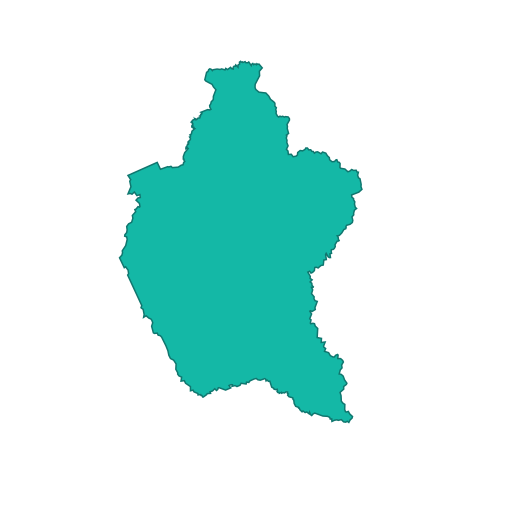 El Carmen, Manabi, Ecuador (Mercator projection), rotated 156°
{"feature_id": "8360857B97185681080722", "entity_name": "El Carmen", "entity_type": "district", "adm_level": 2, "iso_a3": "ECU", "parent_name": "Ecuador", "parent_adm1": "Manabi", "projection": "mercator", "projection_center": [-79.579, -0.327], "detail": "fine", "context": "isolated", "style": "filled", "palette": "teal", "viewbox_px": 512, "rotation_deg": 156, "n_neighbors": 0, "source": "geoboundaries", "source_scale": "gbopen_adm2", "svg_char_len": 6130}
<svg xmlns="http://www.w3.org/2000/svg" viewBox="0 0 512 512"><g transform="rotate(156 256 256)"><path d="M221.6,132.9L223.8,132.9L225.4,131.9L226.7,132.4L228.6,134.7L229.0,138.2L232.2,141.0L230.0,143.2L231.1,145.0L230.9,146.2L227.8,149.3L231.6,150.5L229.7,154.1L233.3,156.6L229.1,164.7L230.4,167.9L230.1,170.4L231.4,171.4L233.5,171.8L233.7,172.5L231.7,175.3L232.5,176.8L228.8,180.4L229.3,183.7L228.5,183.9L227.3,182.5L223.6,183.0L223.2,184.8L218.5,189.6L220.3,191.2L220.4,193.6L219.5,195.0L220.6,199.0L218.0,202.0L218.1,204.8L216.6,204.2L216.2,204.5L216.8,206.3L216.1,208.4L217.1,210.3L214.4,211.4L215.7,213.5L214.7,215.3L215.2,220.2L213.2,220.3L212.7,218.0L211.0,218.0L208.6,218.9L207.0,221.6L205.6,221.3L204.1,219.8L200.6,220.9L198.2,220.4L195.7,224.7L193.2,224.1L191.8,229.1L190.8,229.9L190.4,225.8L189.5,224.6L188.6,224.3L187.6,227.9L185.9,227.7L185.3,230.0L184.5,231.1L182.8,230.6L181.5,231.0L179.8,232.3L179.2,234.2L175.9,236.5L174.3,236.1L173.7,236.4L174.0,237.6L173.3,239.8L173.6,241.4L171.5,240.9L168.4,242.1L164.9,244.5L162.9,244.4L162.1,245.3L162.2,246.0L160.8,247.2L157.2,246.7L154.4,247.4L153.1,249.1L152.4,252.7L150.0,253.8L149.4,255.4L147.5,257.8L144.8,258.5L145.5,260.2L144.9,263.4L143.7,265.3L144.0,267.6L143.5,268.8L144.5,270.7L143.8,272.9L136.1,272.5L132.1,273.8L131.9,276.6L130.8,278.7L129.8,283.2L129.6,284.4L130.6,285.7L130.3,288.5L128.4,290.9L129.6,291.8L129.6,293.6L132.1,294.5L133.4,296.1L135.9,295.4L137.8,295.6L139.4,299.3L143.1,301.8L143.3,302.7L141.6,306.2L141.8,307.6L143.1,308.7L143.0,311.1L143.7,311.3L145.9,310.4L148.2,311.2L149.6,314.0L149.0,316.1L150.0,318.5L150.4,321.6L152.9,323.9L155.0,323.0L157.3,326.1L159.0,326.6L160.8,326.2L161.2,328.2L162.5,328.9L162.8,330.8L164.6,331.5L165.1,333.7L166.6,334.4L167.9,333.4L170.7,333.1L172.7,334.4L175.8,333.6L177.1,331.4L178.7,330.9L181.7,331.6L182.4,334.6L185.1,335.6L184.1,338.9L184.8,341.1L181.9,343.6L181.7,347.2L180.6,349.1L180.4,351.4L178.8,353.3L179.1,354.1L176.4,354.7L175.6,359.8L174.5,361.7L174.3,363.4L170.1,366.6L169.6,368.0L170.1,370.0L172.5,371.4L173.5,371.3L174.8,372.8L176.4,373.0L177.2,374.0L178.7,373.7L179.5,375.0L179.7,378.2L178.7,379.7L178.4,381.8L177.1,383.2L177.8,385.1L176.6,387.9L177.0,389.4L179.0,393.2L179.3,396.9L180.7,400.9L186.7,404.5L188.5,408.3L188.3,410.5L186.9,413.2L179.4,419.2L177.8,423.4L173.8,425.3L175.2,430.1L176.5,430.4L177.0,431.3L177.9,430.6L178.8,431.9L180.3,431.7L180.6,433.2L182.3,432.8L182.9,432.0L183.7,436.2L184.9,435.9L186.7,436.7L186.9,438.0L189.3,438.1L189.5,438.9L190.7,439.1L190.9,440.1L192.3,439.8L192.9,438.0L194.7,437.8L195.7,435.8L196.8,438.8L197.8,437.8L198.8,438.3L200.1,437.7L200.8,436.1L202.1,437.1L202.5,438.7L206.2,437.9L207.3,439.7L208.6,438.6L211.3,440.9L212.9,441.0L215.5,442.6L219.4,443.6L220.5,443.1L220.8,444.5L222.0,445.8L223.4,445.5L224.8,444.1L226.4,443.9L231.1,437.8L230.6,436.1L226.3,430.7L226.1,427.9L225.0,424.2L230.0,419.2L231.4,416.3L234.3,415.0L235.4,413.4L237.1,412.4L237.6,410.9L237.5,408.3L239.0,408.3L240.6,409.4L247.8,409.7L247.1,408.8L248.1,407.7L248.8,407.9L249.5,406.9L250.2,406.8L249.8,406.5L251.2,405.0L252.8,405.6L254.7,404.8L255.3,405.7L255.7,405.2L256.2,406.3L256.3,405.7L258.4,405.9L260.7,404.7L259.8,404.0L260.3,403.5L259.9,402.3L261.7,401.0L262.2,399.9L261.7,399.5L260.9,400.2L261.3,398.9L260.5,398.6L261.1,397.9L260.2,397.2L263.7,396.1L265.3,393.8L267.1,393.5L266.8,392.6L267.4,391.6L268.3,391.7L268.1,390.0L268.6,389.1L271.7,387.8L271.4,386.8L272.1,386.8L272.4,385.6L273.2,385.8L274.8,384.1L275.6,384.0L276.4,382.6L274.7,382.7L274.2,381.8L279.1,379.4L281.9,376.5L283.0,374.1L282.4,373.7L282.9,372.4L282.6,371.4L284.2,370.7L285.5,369.0L287.4,369.4L290.9,368.8L296.5,370.8L297.2,372.5L299.4,372.8L300.3,373.5L308.0,374.1L308.2,381.7L340.2,381.7L339.4,376.7L340.9,375.7L342.1,370.1L347.7,364.8L345.5,364.3L344.1,362.9L341.1,363.9L340.2,359.6L337.1,359.3L337.9,356.5L340.2,357.0L342.9,355.8L341.1,351.4L341.9,348.4L342.5,348.0L343.7,349.1L346.4,347.7L347.8,347.7L347.9,345.4L352.5,343.3L353.1,340.6L355.9,337.4L359.3,337.2L362.1,335.6L363.1,332.3L364.6,330.0L367.1,328.8L367.9,327.5L366.4,326.1L366.9,323.6L370.8,318.5L376.1,315.1L376.6,313.2L378.2,311.3L381.4,309.9L381.1,298.9L379.5,299.2L378.6,295.1L379.6,291.6L381.0,290.8L380.5,257.2L382.1,255.5L380.8,253.2L382.0,248.0L383.6,245.7L380.7,246.1L379.1,242.8L377.7,241.3L377.3,239.6L377.5,237.0L379.9,234.3L381.0,227.6L380.3,226.6L377.6,225.7L377.6,223.5L375.8,222.1L375.2,220.2L374.8,210.7L375.0,205.3L376.0,200.8L375.8,197.1L373.6,194.4L372.9,189.9L375.3,185.1L375.0,181.1L375.6,180.0L375.2,177.9L373.2,175.6L375.4,172.2L372.2,171.3L372.1,168.4L369.0,163.4L370.7,159.5L368.1,159.1L367.9,157.1L365.0,154.0L365.5,152.7L362.9,151.9L363.0,151.0L362.2,150.6L362.1,148.9L361.6,148.6L357.6,149.4L356.5,150.1L353.4,149.0L353.3,150.6L350.6,150.4L347.7,151.5L346.8,149.2L345.3,149.6L344.1,150.9L343.3,150.7L338.3,145.9L332.8,145.8L333.3,148.7L331.1,148.6L329.9,148.0L330.9,146.7L327.8,146.1L326.5,144.5L323.2,144.4L321.4,145.8L317.1,143.1L316.0,144.6L314.0,143.4L312.3,144.4L307.7,144.4L305.6,144.0L304.7,142.2L302.6,140.8L297.8,140.4L297.3,139.6L297.6,137.8L296.4,138.2L295.6,136.4L294.3,136.0L295.0,129.8L293.6,127.9L293.7,127.0L292.0,125.7L290.9,125.7L291.1,124.3L291.9,123.6L291.5,122.4L290.5,122.0L290.6,121.1L288.2,121.1L288.3,120.2L286.9,120.2L285.6,119.3L283.9,119.7L282.5,118.9L283.2,117.6L282.6,116.9L283.7,116.0L283.1,114.0L280.1,111.5L280.5,109.9L280.1,109.0L281.1,105.7L280.9,102.6L278.6,100.3L278.9,99.7L278.4,99.3L278.4,97.6L277.3,94.9L276.1,95.3L274.8,93.0L273.1,92.9L271.7,90.3L270.6,91.5L270.8,89.0L270.0,87.6L268.1,88.5L266.2,88.6L260.0,82.6L255.8,80.4L254.3,78.6L254.5,76.8L253.1,76.4L253.9,74.0L251.0,74.0L248.7,73.4L247.7,72.4L244.6,71.8L243.4,68.8L241.6,67.7L239.9,67.9L238.9,66.2L236.8,67.9L234.2,68.8L233.1,70.1L234.6,73.5L234.9,76.5L236.9,76.7L237.6,77.4L237.4,79.7L235.2,84.3L236.4,86.1L237.1,88.7L235.1,93.9L234.7,97.2L230.0,98.7L229.0,101.1L225.7,101.9L224.7,102.8L225.5,106.9L225.2,110.8L226.3,113.2L228.0,114.4L225.4,117.6L222.9,118.8L222.1,121.6L219.3,123.6L219.3,125.3L220.4,127.8L223.0,129.1L221.3,132.1L221.6,132.9Z" fill="#14b8a6" stroke="#0f766e" stroke-width="1.5"/></g></svg>